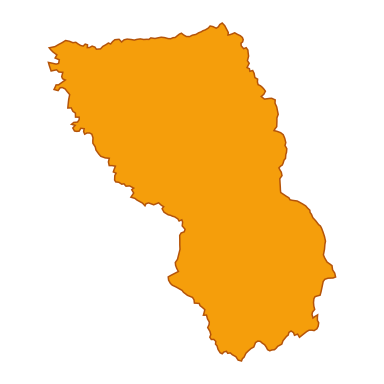 outline of Itararé, São Paulo, Brazil
{"feature_id": "56859067B6120608130234", "entity_name": "Itararé", "entity_type": "district", "adm_level": 2, "iso_a3": "BRA", "parent_name": "Brazil", "parent_adm1": "São Paulo", "projection": "albers", "projection_center": [-49.315, -24.102], "detail": "fine", "context": "isolated", "style": "filled", "palette": "amber", "viewbox_px": 384, "rotation_deg": 0, "n_neighbors": 0, "source": "geoboundaries", "source_scale": "gbopen_adm2", "svg_char_len": 4482}
<svg xmlns="http://www.w3.org/2000/svg" viewBox="0 0 384 384"><path d="M317.6,314.9L314.8,316.6L313.0,318.0L312.0,314.4L312.5,312.1L314.7,309.4L313.8,306.1L313.5,302.5L313.9,298.7L315.0,296.7L317.1,296.0L320.1,295.2L321.1,291.5L323.2,281.5L324.8,279.3L328.0,278.2L333.1,278.0L335.6,277.0L334.7,273.1L332.6,269.9L332.0,265.6L327.1,262.1L324.7,258.0L323.4,254.9L324.5,249.2L324.9,244.2L325.5,241.2L324.5,236.6L323.0,232.0L321.6,228.3L320.4,226.0L318.6,224.6L315.7,220.8L312.8,217.6L311.4,214.2L310.1,212.5L309.8,210.2L307.5,208.0L305.7,205.9L302.5,203.9L299.3,202.1L297.2,201.0L292.2,200.3L290.0,199.8L288.9,197.8L286.2,196.2L282.8,193.9L280.7,192.5L280.4,189.7L280.3,187.1L280.1,184.1L279.8,178.7L282.0,175.6L281.3,172.2L280.0,170.1L278.9,167.9L280.5,166.2L282.3,165.0L283.2,162.9L284.0,160.2L285.5,158.4L285.8,154.5L286.5,152.3L286.8,148.7L285.0,145.5L285.8,142.6L284.7,138.2L283.2,134.7L280.7,132.7L277.0,131.3L274.0,130.6L275.1,128.7L276.7,126.7L276.9,121.4L276.9,117.9L278.2,114.4L276.7,106.9L275.0,103.2L275.2,99.9L271.7,98.3L269.5,98.4L267.3,98.7L264.5,99.1L261.2,96.5L263.8,94.3L265.4,91.2L263.9,89.1L262.4,87.4L260.5,85.8L258.1,84.6L257.4,82.0L257.6,79.1L254.9,77.6L254.1,73.3L252.7,70.5L249.9,71.3L249.4,68.7L247.0,67.6L249.2,63.3L247.4,60.7L248.6,56.1L248.1,52.5L247.9,50.1L246.2,47.7L243.7,48.7L241.2,45.8L241.0,43.2L242.6,41.9L243.2,39.7L242.4,37.5L240.3,35.7L237.5,34.4L234.7,32.8L232.1,33.9L230.1,34.6L228.0,35.0L228.3,32.5L226.8,29.6L224.7,25.6L222.2,23.0L219.8,24.5L218.3,26.9L216.2,28.2L212.9,26.6L210.1,26.0L208.4,28.0L205.3,29.9L203.0,30.7L201.2,31.8L198.6,32.8L196.0,34.4L192.3,35.2L189.6,36.6L186.3,36.5L183.4,34.8L181.4,33.2L179.4,34.1L177.1,35.9L175.2,37.5L173.0,37.7L170.7,38.7L168.2,38.6L164.6,37.6L161.2,37.2L158.7,37.7L155.0,38.5L150.8,37.9L149.0,39.4L146.8,39.3L143.7,39.5L140.3,38.9L136.8,39.4L134.3,40.1L131.2,39.5L127.1,39.1L124.1,39.8L121.6,42.0L119.1,39.3L114.9,39.7L112.7,41.5L110.6,44.0L108.4,43.0L105.9,44.7L102.8,46.4L100.5,48.9L96.4,49.2L94.9,47.1L92.1,46.1L89.6,47.5L87.3,47.6L87.5,44.8L85.2,44.1L83.2,46.1L80.7,45.5L78.3,44.1L75.8,42.3L72.9,42.7L69.5,41.3L65.6,40.5L61.9,42.8L58.6,44.5L55.0,46.6L49.2,47.8L50.7,49.7L53.0,52.0L56.9,54.9L55.1,58.0L59.3,59.8L58.6,63.4L56.2,64.1L51.8,63.1L48.4,62.4L49.3,65.6L51.1,71.0L56.6,69.8L58.8,72.0L62.8,72.3L61.7,76.7L62.6,78.8L65.3,80.0L61.1,83.0L58.6,84.8L56.1,84.9L55.2,87.0L54.0,89.5L58.1,90.6L60.2,87.7L62.5,87.6L65.2,89.0L67.1,91.5L69.7,94.6L68.7,99.4L68.3,103.0L67.8,108.0L71.2,107.9L72.9,111.3L75.4,113.1L75.5,117.1L79.2,117.2L79.2,119.6L77.5,122.1L73.8,122.4L71.5,124.3L75.2,125.3L72.8,128.0L74.5,131.0L76.8,131.4L79.2,131.1L80.8,128.3L84.2,128.7L83.6,131.6L84.7,134.2L86.9,133.0L89.7,133.0L91.8,134.2L93.0,137.8L92.8,140.9L92.9,143.3L95.2,146.8L96.0,150.1L98.7,153.9L100.8,156.3L105.2,157.9L109.3,158.3L108.4,161.9L109.2,165.6L112.2,165.6L115.4,166.2L114.1,169.5L113.3,171.9L116.1,173.2L114.8,175.6L114.6,180.0L115.7,181.9L118.8,182.3L121.8,184.2L123.9,183.8L126.0,186.2L129.6,185.9L133.7,188.1L131.7,189.7L133.7,193.0L130.9,197.2L134.9,198.4L136.9,200.0L142.5,203.1L145.0,205.8L146.0,203.7L148.6,202.9L153.7,204.8L158.6,202.8L161.3,205.2L163.7,206.7L162.1,208.7L164.0,212.2L168.2,214.8L170.5,215.3L172.4,216.2L174.6,216.8L177.8,218.8L179.1,221.0L181.8,219.8L182.6,222.1L182.2,225.9L185.1,229.3L184.2,231.8L181.1,233.0L179.7,235.4L179.8,240.4L179.8,244.8L180.0,249.3L177.5,259.3L175.3,262.5L175.6,265.4L176.7,268.3L178.4,271.5L170.8,275.4L168.2,276.9L168.6,280.2L170.5,283.5L172.3,285.2L175.9,286.9L182.1,290.4L183.5,292.3L185.5,293.8L187.4,295.3L192.5,297.4L194.0,299.8L194.4,303.1L196.6,303.2L199.3,303.5L200.0,305.6L202.2,307.3L204.8,309.6L204.2,312.3L203.4,315.2L206.5,315.1L207.5,318.9L209.3,322.0L209.1,324.5L207.7,327.6L209.9,331.3L210.8,334.6L209.8,337.2L211.3,339.5L213.8,339.4L215.8,341.4L215.5,344.1L217.0,345.8L218.1,349.5L220.2,352.8L222.2,353.8L223.9,352.0L226.4,351.3L227.7,353.3L230.3,352.9L232.3,354.7L235.9,356.7L238.1,360.1L241.5,361.0L242.4,358.7L244.0,357.3L245.9,353.3L248.2,351.0L250.9,348.6L253.8,347.0L255.5,342.6L257.8,341.1L260.3,341.4L262.2,343.1L264.6,344.7L266.2,347.0L267.6,349.7L269.8,350.8L271.8,350.0L274.5,349.7L276.2,348.2L277.7,346.3L280.0,345.1L281.8,344.1L283.0,340.7L286.5,336.4L288.2,335.1L288.9,332.4L291.1,331.0L293.5,332.6L294.5,335.3L297.6,334.1L299.5,337.3L303.1,334.4L306.8,331.5L309.1,330.2L312.0,330.2L314.1,330.6L316.9,328.8L318.2,326.2L318.7,322.8L317.4,320.4L317.4,317.3L317.6,314.9Z" fill="#f59e0b" stroke="#b45309" stroke-width="1.5"/></svg>